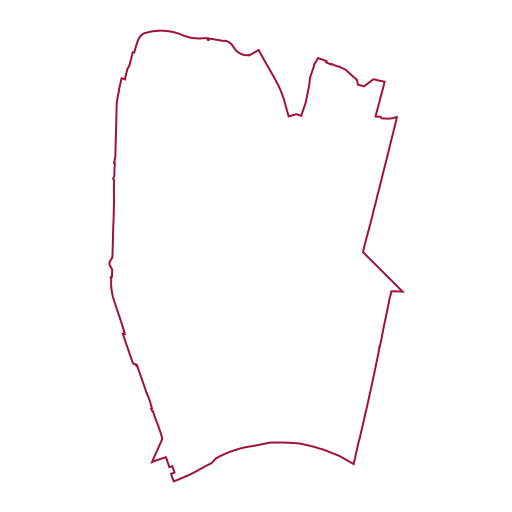 Nieuwegein, Utrecht, Netherlands (orthographic projection)
{"feature_id": "6326949B74966835804561", "entity_name": "Nieuwegein", "entity_type": "district", "adm_level": 2, "iso_a3": "NLD", "parent_name": "Netherlands", "parent_adm1": "Utrecht", "projection": "orthographic", "projection_center": [5.098, 52.03], "detail": "fine", "context": "isolated", "style": "outline", "palette": "rose", "viewbox_px": 512, "rotation_deg": 0, "n_neighbors": 0, "source": "geoboundaries", "source_scale": "gbopen_adm2", "svg_char_len": 5811}
<svg xmlns="http://www.w3.org/2000/svg" viewBox="0 0 512 512"><path d="M384.6,81.7L378.9,80.6L375.7,79.7L374.4,79.4L373.2,79.4L372.3,80.1L364.0,86.3L361.1,85.5L357.8,84.6L357.1,80.1L351.5,75.1L345.8,69.8L339.7,66.9L338.8,66.4L337.1,66.3L331.5,64.0L331.3,64.5L326.2,62.4L326.6,61.1L326.1,60.9L323.6,60.0L320.1,58.8L318.0,58.1L317.4,59.3L316.7,60.4L315.5,62.4L314.7,63.7L314.2,64.5L314.0,65.4L314.0,66.0L313.9,66.2L313.9,66.4L313.5,67.5L312.9,69.3L311.4,73.7L310.3,76.9L310.2,77.3L310.2,78.0L309.9,78.2L309.3,84.9L307.7,92.6L305.9,102.0L302.6,111.7L301.3,115.8L296.4,114.2L288.7,116.4L286.9,110.3L286.4,108.4L286.0,106.8L285.8,106.2L285.3,104.4L284.3,100.9L283.9,99.5L283.7,98.5L283.2,97.3L283.0,97.1L282.9,97.0L282.9,96.9L282.6,95.7L281.7,93.2L280.9,91.1L278.8,86.3L274.1,77.3L271.0,72.0L264.6,60.8L258.6,50.0L249.4,55.3L249.3,55.0L248.8,55.2L246.5,55.2L244.8,55.1L242.8,54.6L241.1,54.0L239.3,53.0L237.7,51.9L236.3,50.7L234.8,49.0L232.3,45.3L231.4,44.2L230.0,43.0L229.7,42.7L228.6,42.0L227.1,41.3L224.5,40.7L223.9,40.9L223.1,40.9L216.3,39.7L210.3,38.7L209.7,38.8L208.9,39.3L208.6,40.0L207.7,39.8L207.8,38.1L205.4,38.1L199.4,38.5L195.7,38.3L191.1,37.8L187.5,36.9L184.2,35.9L180.6,34.4L179.3,33.7L179.0,33.7L177.3,33.2L175.6,32.8L174.2,32.2L173.5,32.1L172.3,31.9L171.6,31.7L171.0,31.7L169.1,31.3L165.3,30.9L163.8,30.8L163.0,30.8L162.0,30.7L159.0,30.7L157.8,30.8L155.4,31.0L153.6,31.2L152.8,31.3L151.9,31.4L149.6,31.9L148.9,32.0L147.9,32.3L146.1,32.9L145.3,33.0L144.5,33.1L144.2,33.2L143.0,34.0L142.0,34.7L141.5,35.2L140.5,36.0L140.1,36.6L139.8,37.1L139.7,37.3L139.0,38.3L138.2,39.7L137.7,40.9L137.4,41.7L137.2,42.6L136.9,43.7L136.3,45.1L135.9,46.5L134.6,51.1L134.4,51.8L134.2,52.5L133.6,52.3L132.8,52.2L132.5,53.3L130.9,59.6L129.4,65.4L127.4,69.1L126.6,72.3L125.9,75.1L125.1,78.4L125.3,78.5L125.1,79.4L121.6,78.3L120.0,85.1L119.1,89.1L119.0,89.4L119.0,90.6L119.0,90.8L118.2,94.4L117.7,97.0L117.4,98.8L116.9,102.3L116.7,103.8L116.6,106.6L116.5,110.2L116.5,112.6L116.4,114.7L116.3,121.5L116.1,128.7L116.0,132.8L115.6,145.0L115.4,154.3L115.3,156.9L115.0,158.1L114.2,162.2L114.1,162.8L114.8,162.8L114.6,168.6L114.6,168.9L114.4,170.0L114.4,171.1L114.4,173.1L114.4,174.3L114.3,176.0L113.1,178.7L114.0,180.4L114.1,181.5L114.0,184.5L113.9,188.4L113.9,191.8L114.1,197.9L114.1,198.8L113.6,219.3L113.3,225.0L113.3,225.4L113.2,228.7L113.2,230.6L113.1,231.4L113.0,236.1L112.5,256.4L111.9,258.4L109.6,261.8L109.5,264.7L112.2,269.7L112.0,276.7L110.8,277.0L110.7,277.9L111.2,277.9L111.2,280.0L111.1,284.6L111.1,285.6L111.5,289.4L112.0,292.1L112.7,296.3L114.4,301.7L115.2,304.1L117.0,309.5L118.9,315.2L121.7,323.5L122.3,325.5L124.4,332.2L123.9,332.2L124.2,333.1L124.6,334.1L124.0,334.1L122.8,334.0L123.3,335.4L124.6,339.1L125.8,342.6L130.3,355.8L130.5,356.3L131.6,359.4L133.0,363.4L133.3,363.6L134.1,363.8L136.0,364.5L137.0,365.0L137.3,366.0L136.7,366.1L137.2,366.6L137.6,367.1L138.0,368.3L141.9,379.2L146.0,391.2L146.7,393.3L146.9,393.2L150.1,401.8L151.2,405.8L151.9,408.3L151.1,408.7L151.3,409.1L152.5,411.4L152.9,411.2L155.2,418.0L156.2,420.8L157.6,424.1L160.4,432.1L160.7,433.2L161.1,434.3L162.3,438.9L161.4,441.0L157.4,449.9L155.7,453.8L155.5,454.1L154.5,456.4L153.0,459.8L152.5,461.1L152.1,462.1L152.8,461.8L153.6,461.3L154.7,460.9L155.3,460.6L156.4,460.3L156.9,460.2L157.3,460.2L157.5,459.9L164.3,457.7L165.1,457.5L165.9,457.2L166.2,458.1L167.3,461.2L169.4,467.2L172.3,466.2L174.5,472.6L171.0,473.8L173.7,481.3L178.0,479.7L183.4,477.4L185.5,476.4L187.9,475.5L190.3,474.4L191.2,473.9L192.4,473.3L195.6,471.6L196.1,471.4L196.7,471.1L198.5,470.0L198.8,469.8L204.1,467.0L205.7,466.0L206.6,465.6L210.6,463.6L211.0,463.4L211.4,463.1L212.4,462.2L212.9,461.6L213.6,461.0L214.2,460.3L215.5,458.6L219.5,456.4L223.0,454.8L225.4,453.7L228.4,452.4L231.6,451.2L234.7,450.2L237.5,449.3L239.8,448.6L243.4,447.7L245.5,447.2L254.0,445.8L257.3,445.2L262.0,444.2L267.0,443.2L268.1,443.0L269.8,442.7L270.6,442.6L272.1,442.5L275.4,442.5L280.0,442.5L283.6,442.5L290.9,442.9L294.9,443.1L296.5,443.2L297.4,443.3L297.9,443.3L299.6,443.5L300.3,443.7L301.1,443.8L305.0,444.7L309.5,445.7L314.9,447.0L316.8,447.7L319.7,448.6L322.4,449.3L324.7,450.1L338.3,455.5L340.0,456.3L352.4,463.3L353.6,464.1L355.6,455.6L355.7,455.0L356.9,449.6L358.8,441.1L359.0,440.5L359.1,440.1L359.2,439.9L359.4,439.3L359.5,439.0L359.7,438.1L359.8,438.1L359.9,437.8L360.0,437.4L360.7,433.9L362.6,425.8L363.6,421.3L363.8,420.6L364.3,418.4L365.1,415.0L365.0,414.7L365.0,414.4L365.7,412.0L366.7,407.9L369.0,397.6L370.3,391.4L370.8,389.5L371.2,387.7L374.0,374.5L374.2,373.7L374.4,372.6L376.9,360.6L378.0,355.3L378.5,353.1L378.7,351.7L379.3,347.2L379.6,347.3L380.9,341.7L381.8,337.2L382.9,331.3L384.1,325.2L384.9,321.6L386.1,315.7L387.4,309.7L387.6,308.4L387.9,306.8L388.2,305.3L388.7,303.5L389.1,300.6L389.6,298.9L389.8,297.7L390.0,296.9L390.1,296.2L390.3,295.5L390.8,294.2L391.0,293.5L391.1,292.8L391.3,291.3L392.3,291.3L396.4,291.4L402.5,291.6L376.5,265.6L371.6,260.8L365.7,254.8L363.0,252.0L363.6,249.6L365.0,243.5L365.4,242.3L366.5,237.9L367.3,235.1L367.4,234.7L367.7,233.5L368.1,231.8L368.6,230.4L370.0,225.2L371.0,221.0L371.3,220.0L372.3,216.2L372.9,213.7L373.3,212.4L373.3,212.0L373.5,210.8L373.6,210.5L374.4,207.4L374.8,206.2L375.5,203.5L376.0,201.7L376.2,200.7L376.7,198.8L376.7,198.7L377.0,196.9L378.7,190.7L379.6,187.1L384.4,167.8L386.2,160.9L387.7,154.7L388.8,150.4L390.4,143.7L392.2,136.5L393.5,131.3L396.0,121.2L396.8,116.9L396.7,116.8L394.7,117.6L393.8,117.9L392.6,118.2L391.6,118.3L390.6,118.5L388.8,118.6L387.9,118.7L386.2,118.5L385.0,118.5L383.9,118.4L382.4,118.5L382.0,118.4L381.7,118.3L381.5,118.2L381.4,118.1L381.0,117.4L380.6,116.9L380.4,116.8L379.4,116.7L377.4,116.6L375.6,116.5L375.6,116.2L375.8,115.2L375.9,114.9L379.0,103.4L379.8,100.5L380.3,98.3L380.7,96.7L382.7,89.4L384.0,84.3L384.4,82.7L384.6,81.7Z" fill="none" stroke="#9f1239" stroke-width="2"/></svg>